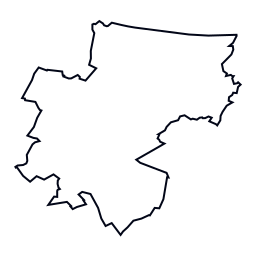 Celbridge Lea-4, Kildare, Ireland
{"feature_id": "5873133B70404185317284", "entity_name": "Celbridge Lea-4", "entity_type": "district", "adm_level": 2, "iso_a3": "IRL", "parent_name": "Ireland", "parent_adm1": "Kildare", "projection": "equal_earth", "projection_center": [-6.548, 53.32], "detail": "fine", "context": "isolated", "style": "outline", "palette": "ink", "viewbox_px": 256, "rotation_deg": 0, "n_neighbors": 0, "source": "geoboundaries", "source_scale": "gbopen_adm2", "svg_char_len": 1887}
<svg xmlns="http://www.w3.org/2000/svg" viewBox="0 0 256 256"><path d="M222.6,111.8L226.7,105.7L232.4,102.4L228.7,100.8L229.0,97.2L232.2,95.0L233.2,92.7L236.7,93.1L238.1,86.9L240.6,84.6L238.1,82.3L237.3,83.2L234.0,83.9L232.2,78.4L233.6,76.1L232.3,76.1L230.8,74.9L226.0,76.0L226.9,73.5L223.4,71.1L221.9,64.1L231.4,54.5L233.3,49.6L232.8,46.1L229.2,46.0L233.0,42.9L236.6,35.9L236.5,34.8L208.4,35.6L188.9,34.5L135.2,27.6L128.1,26.4L121.5,25.0L111.8,22.7L107.9,26.0L106.7,26.2L104.1,25.3L102.9,23.4L99.3,21.1L95.5,24.2L93.9,23.8L92.4,24.5L92.4,29.6L94.3,33.1L90.8,50.9L90.9,58.5L89.1,64.8L96.2,68.3L85.5,80.6L79.6,78.7L79.8,76.9L77.7,75.0L71.2,78.4L68.8,78.5L63.5,76.5L64.1,75.6L62.7,75.0L62.2,71.5L47.4,69.8L46.9,70.5L38.7,67.5L34.2,73.7L32.0,80.1L22.1,98.1L24.9,98.6L25.1,100.2L35.4,101.9L38.4,107.9L39.9,110.0L41.4,110.5L37.2,117.8L33.9,127.0L27.4,135.6L33.4,137.9L37.0,138.5L39.5,141.1L35.0,142.3L32.5,144.4L26.8,154.9L27.3,160.9L26.3,163.4L23.1,165.0L17.6,165.5L15.4,166.9L15.8,167.6L16.8,167.1L23.1,175.9L30.1,181.7L36.6,176.2L44.1,179.6L53.5,174.4L59.2,178.6L57.8,180.5L57.6,183.9L58.5,187.5L59.8,189.0L57.7,189.8L57.2,190.9L57.2,196.9L54.1,196.6L48.3,204.9L66.9,201.9L71.1,206.0L70.4,206.4L72.7,209.1L76.9,207.0L86.0,204.3L83.3,200.3L84.0,200.0L78.6,194.5L82.2,191.9L90.5,194.0L98.1,207.9L101.3,218.5L105.6,226.0L111.7,223.1L120.6,234.9L123.0,231.5L127.6,227.3L133.4,220.7L141.4,218.6L149.0,215.1L149.9,215.4L154.7,207.9L159.3,208.3L163.4,199.2L167.1,177.3L168.5,177.5L166.6,172.9L140.2,162.8L136.3,159.7L164.4,143.6L160.1,141.7L159.2,139.7L157.6,138.5L159.4,134.4L158.5,134.2L165.0,130.3L166.6,126.9L170.9,122.3L178.1,120.2L180.1,116.4L184.6,115.3L190.9,119.4L192.7,118.7L196.9,119.7L199.7,117.7L202.2,117.4L202.8,118.2L205.2,118.1L208.5,116.5L211.7,117.7L209.3,121.3L216.0,124.2L217.2,125.4L220.3,120.4L220.6,115.9L222.6,111.8Z" fill="none" stroke="#020617" stroke-width="2"/></svg>